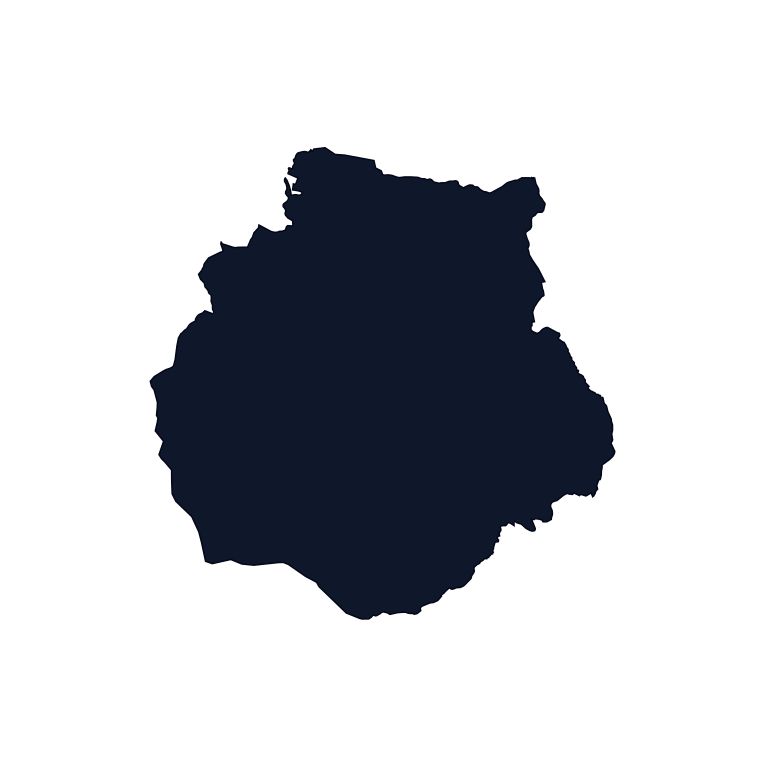 outline of Pausesti-Maglasi, Vâlcea, Romania, rotated 46°
{"feature_id": "2599482B55299870706734", "entity_name": "Pausesti-Maglasi", "entity_type": "district", "adm_level": 2, "iso_a3": "ROU", "parent_name": "Romania", "parent_adm1": "Vâlcea", "projection": "equal_earth", "projection_center": [24.244, 45.144], "detail": "fine", "context": "isolated", "style": "filled", "palette": "ink", "viewbox_px": 768, "rotation_deg": 46, "n_neighbors": 0, "source": "geoboundaries", "source_scale": "gbopen_adm2", "svg_char_len": 6170}
<svg xmlns="http://www.w3.org/2000/svg" viewBox="0 0 768 768"><g transform="rotate(46 384 384)"><path d="M609.9,312.1L609.6,310.7L610.1,310.8L609.4,308.2L608.2,306.1L608.0,303.4L604.8,301.5L602.1,296.2L602.8,295.1L602.7,294.4L600.6,291.2L597.3,287.7L595.8,285.4L593.7,283.4L595.0,274.3L595.0,269.7L594.1,266.7L592.8,264.8L584.4,261.9L583.8,260.8L583.6,259.4L582.8,258.2L578.1,254.9L576.0,251.7L572.1,248.0L568.9,246.4L567.0,244.9L559.4,242.2L554.5,239.3L552.5,239.0L551.6,239.3L550.3,238.8L546.0,236.1L545.5,236.1L544.1,237.4L543.1,237.2L542.8,236.5L542.3,236.5L541.7,237.0L540.1,237.3L539.2,238.3L538.6,238.6L536.5,238.4L535.8,239.0L533.8,239.5L532.9,240.1L529.5,240.3L528.1,239.6L528.1,238.2L523.2,238.2L522.3,237.9L520.9,236.4L518.8,236.3L517.0,235.4L514.4,235.8L512.4,236.8L510.3,236.7L509.6,234.9L509.1,234.8L507.8,235.8L507.4,235.6L507.1,235.1L505.7,234.1L503.5,234.0L501.8,233.4L500.9,232.3L497.4,232.4L495.2,230.7L493.4,230.8L491.7,229.8L488.3,229.0L487.6,228.0L486.7,227.5L484.2,227.2L482.0,226.2L479.1,225.6L477.1,226.4L472.2,227.2L471.4,224.2L470.9,223.5L469.2,222.7L467.4,223.7L457.1,227.0L456.1,228.0L455.2,230.1L454.7,232.4L454.9,236.3L453.9,238.8L449.6,240.6L447.0,240.6L444.2,237.7L444.8,237.0L442.2,234.6L443.7,232.6L436.2,227.7L435.3,226.7L433.1,222.3L431.6,216.1L430.8,209.7L431.4,208.0L431.2,207.2L427.5,204.6L425.8,204.0L420.8,200.7L420.5,200.4L420.6,199.4L422.1,197.2L408.4,193.0L397.9,191.2L392.0,189.7L388.6,187.5L386.6,186.7L385.0,183.4L383.0,181.7L379.0,180.2L374.4,177.9L373.6,176.7L373.4,175.9L374.1,171.3L373.5,169.1L373.0,168.3L368.0,163.7L366.7,161.4L367.5,158.3L367.1,154.8L367.2,154.3L370.1,151.0L370.3,150.1L369.8,149.1L369.9,148.5L366.5,143.2L365.4,142.6L363.4,142.5L360.7,141.8L356.6,141.5L354.2,140.2L352.6,138.4L350.8,137.2L345.4,135.6L340.4,132.5L340.1,132.9L340.5,133.7L340.4,134.0L339.3,133.3L338.8,134.1L338.1,134.4L338.7,135.4L337.1,135.8L331.5,141.5L330.0,146.8L328.7,147.9L325.4,154.2L324.7,156.2L324.2,161.8L320.9,173.9L319.9,175.6L317.1,176.9L314.6,178.7L311.2,179.7L307.8,179.7L306.5,180.4L305.3,181.9L302.7,182.1L300.5,183.9L299.4,186.2L298.0,190.7L293.3,192.0L291.8,191.6L290.5,190.6L288.9,190.6L287.8,191.1L285.6,194.0L283.6,196.1L281.7,200.3L279.1,203.0L278.0,204.8L273.5,207.8L270.2,207.9L268.8,208.4L268.2,208.9L267.2,211.0L264.5,212.3L262.7,214.2L258.9,216.1L254.3,220.3L249.4,225.3L246.3,229.5L244.4,230.9L239.4,233.4L236.7,235.5L233.5,239.2L232.0,239.4L228.8,237.9L222.8,240.0L216.3,236.0L191.9,253.4L184.9,259.7L173.1,262.3L166.3,271.2L166.3,272.0L167.0,272.9L166.9,273.4L166.2,273.9L164.7,273.9L164.9,274.8L164.8,277.7L162.6,278.8L161.4,279.9L159.9,281.9L159.4,283.1L158.3,284.7L157.9,286.3L158.5,288.7L159.9,291.2L159.8,293.2L160.7,294.1L162.4,294.6L163.3,295.2L164.2,298.6L165.6,299.8L165.3,300.6L162.6,302.1L162.4,302.6L162.8,303.2L164.8,304.1L165.3,305.9L166.0,306.9L176.1,302.8L179.0,309.0L177.1,310.2L180.9,314.9L185.4,311.5L188.5,309.9L189.8,310.0L190.2,312.0L189.6,313.6L186.0,316.4L183.9,319.7L179.6,316.7L175.2,314.3L170.1,312.3L167.3,311.9L167.3,312.6L168.3,314.0L169.3,314.8L172.4,315.6L175.3,317.4L176.6,318.8L177.2,320.8L178.4,322.3L180.1,322.8L183.7,323.0L185.1,325.6L185.2,327.3L184.7,330.8L184.9,331.8L185.8,332.9L186.6,333.3L189.6,333.5L191.7,334.8L192.4,336.5L193.9,337.5L197.9,337.8L203.0,336.3L206.9,339.5L206.2,340.6L203.2,343.3L203.1,344.8L204.7,347.9L204.5,348.8L203.5,350.9L201.5,353.3L201.1,354.5L199.8,356.5L197.6,358.3L195.6,359.4L182.8,363.5L184.5,365.8L184.9,372.5L187.1,376.7L187.6,379.6L190.8,387.1L184.5,393.8L182.5,396.4L180.8,397.6L171.5,402.6L169.9,402.9L168.4,402.2L169.9,404.1L176.0,406.9L176.5,408.0L176.5,408.6L175.5,410.4L171.5,422.6L172.6,429.3L173.1,430.6L174.4,432.1L174.8,434.3L175.6,435.8L176.3,441.2L181.3,443.2L186.4,443.1L190.0,445.3L192.2,445.3L195.2,445.8L196.2,446.6L197.5,446.9L199.2,446.6L200.3,446.9L202.3,448.5L204.4,450.9L208.3,452.7L211.1,455.4L214.3,456.4L214.6,457.5L214.2,458.6L206.9,462.0L206.9,465.2L205.6,468.6L205.4,470.5L205.8,472.7L206.5,474.6L207.5,475.5L207.5,476.4L206.3,480.8L206.2,483.0L207.3,487.9L206.8,490.2L207.0,494.0L206.7,495.1L208.2,500.0L212.7,506.4L221.5,517.4L224.8,522.8L224.8,524.3L224.2,526.7L222.3,530.7L221.2,534.5L219.1,544.1L219.7,550.2L224.3,552.8L228.7,553.5L239.9,559.8L243.5,563.5L248.5,569.4L251.5,570.2L254.5,574.3L258.9,581.1L272.1,582.3L278.5,594.9L283.2,595.9L288.2,595.8L298.3,596.5L306.2,604.0L315.9,612.7L323.8,615.2L345.9,614.4L361.7,619.9L370.9,625.1L387.6,635.5L393.9,632.3L403.8,616.1L414.7,611.3L423.9,603.5L439.3,583.7L442.5,580.3L447.4,578.1L468.1,574.0L479.8,570.2L484.6,571.5L522.5,570.2L535.7,564.3L537.9,562.9L542.4,558.1L542.9,555.3L542.7,552.8L543.1,552.0L544.8,551.2L545.4,550.4L546.5,546.5L546.6,544.4L547.5,542.7L551.0,540.5L553.8,539.8L557.8,533.2L561.8,528.4L563.9,526.5L565.2,526.1L566.7,525.0L569.6,522.3L570.5,522.3L572.1,519.8L572.6,515.1L569.9,513.3L570.2,512.9L570.2,511.0L573.4,503.0L575.5,500.2L577.1,495.7L576.6,490.2L575.6,490.2L576.0,486.1L575.8,483.6L576.0,478.5L577.9,478.2L579.1,477.4L580.2,475.3L580.5,473.9L583.3,470.5L584.3,467.8L584.6,466.0L584.3,456.4L582.8,454.1L582.2,451.0L581.4,449.1L578.8,447.2L578.4,446.1L578.5,442.8L579.3,440.1L579.3,439.3L578.8,438.2L579.5,435.6L579.5,433.2L579.8,432.5L581.1,431.4L580.6,429.9L581.5,429.2L580.8,427.9L581.1,427.1L580.9,424.9L581.6,423.8L580.9,423.0L580.9,422.2L579.2,421.7L578.9,420.2L577.3,418.2L575.1,414.3L575.2,413.6L576.8,411.3L575.7,409.9L574.3,410.1L573.3,409.1L572.8,408.3L573.0,407.2L573.6,406.3L571.8,405.3L570.9,403.6L570.7,402.2L570.2,401.2L567.3,399.5L567.4,398.8L568.3,397.0L570.2,395.1L570.5,393.5L570.0,392.4L569.9,391.5L570.1,391.1L571.5,389.9L576.2,388.8L573.8,386.6L573.4,385.4L576.3,384.7L580.2,382.5L586.5,382.1L590.6,380.8L592.5,379.8L593.9,378.1L594.0,376.8L592.9,375.5L583.9,371.9L585.9,370.0L585.8,368.9L588.5,366.6L591.3,365.0L592.3,364.7L593.2,365.4L594.3,364.7L596.3,362.4L597.5,358.2L597.6,357.7L596.3,356.3L595.6,354.7L594.2,352.8L591.7,350.9L588.3,349.7L586.4,347.8L585.9,345.7L586.0,344.3L588.0,340.4L588.7,332.4L589.7,328.4L591.7,327.3L594.4,325.1L594.3,323.1L600.1,320.9L599.9,319.9L600.4,318.9L604.8,316.5L606.3,310.7L609.9,312.1Z" fill="#0f172a" stroke="#020617" stroke-width="1.5"/></g></svg>